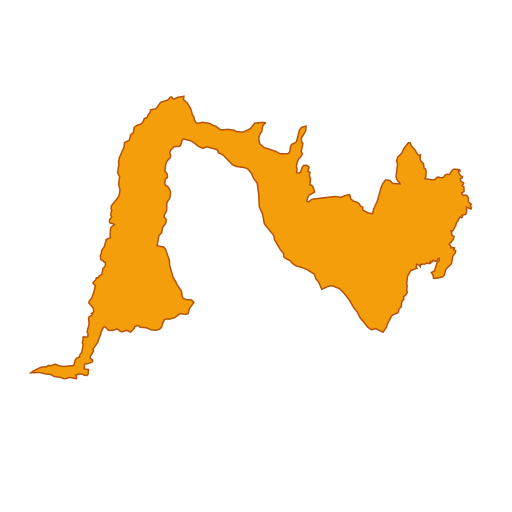 Desamparados, San José, Costa Rica, rotated 98°
{"feature_id": "36466004B53955295164101", "entity_name": "Desamparados", "entity_type": "district", "adm_level": 2, "iso_a3": "CRI", "parent_name": "Costa Rica", "parent_adm1": "San José", "projection": "natural_earth1", "projection_center": [-84.044, 9.811], "detail": "fine", "context": "isolated", "style": "filled", "palette": "amber", "viewbox_px": 512, "rotation_deg": 98, "n_neighbors": 0, "source": "geoboundaries", "source_scale": "gbopen_adm2", "svg_char_len": 6069}
<svg xmlns="http://www.w3.org/2000/svg" viewBox="0 0 512 512"><g transform="rotate(98 256 256)"><path d="M403.0,462.7L401.4,453.8L402.0,449.2L402.0,442.8L403.4,438.9L403.4,431.8L404.1,430.5L404.1,427.9L402.1,423.4L402.5,416.9L400.9,416.7L399.2,417.9L397.4,414.8L397.2,411.6L398.0,409.5L397.9,406.8L396.2,405.8L391.8,406.0L391.7,410.4L387.6,410.6L386.7,410.3L385.5,406.4L383.4,403.3L381.9,403.2L380.4,405.9L379.5,406.3L372.7,403.7L370.5,404.3L364.0,400.9L349.7,397.9L347.2,396.6L347.4,395.2L350.1,391.7L349.7,387.9L347.5,383.1L349.6,379.7L349.7,378.0L347.7,373.7L348.8,369.5L344.4,366.4L343.0,366.3L341.2,363.3L341.5,362.2L342.7,360.8L342.3,354.7L343.7,349.6L343.5,345.0L342.0,341.4L339.7,339.6L334.9,338.9L331.7,337.7L330.9,336.2L330.6,333.0L328.4,328.0L323.7,323.2L323.4,316.9L322.4,315.2L317.6,314.7L310.6,311.0L308.5,313.7L308.9,319.4L308.1,322.2L306.2,323.5L301.0,325.0L295.1,330.5L293.1,331.5L288.7,335.1L277.1,340.3L272.8,341.0L262.5,346.2L260.0,348.4L259.6,355.4L249.2,354.9L246.0,352.7L240.3,352.4L236.6,350.1L235.0,349.8L232.2,350.1L230.3,352.3L228.3,352.6L223.7,350.8L215.5,351.7L210.7,349.4L205.0,349.4L203.2,350.1L199.3,353.1L199.0,354.8L196.9,356.6L192.5,356.4L190.8,354.8L189.2,354.7L186.8,355.7L184.6,358.0L178.5,358.2L174.7,357.5L170.4,354.5L168.4,354.5L165.5,355.9L162.9,355.2L159.3,352.4L158.7,351.1L158.4,347.9L157.5,346.5L155.5,345.7L151.9,345.5L150.1,344.3L151.0,336.7L152.6,332.8L155.2,328.9L156.6,324.4L156.6,323.0L154.8,320.0L156.0,309.8L157.1,308.4L159.2,307.5L159.7,304.5L161.3,301.7L168.8,292.1L170.1,287.9L170.1,279.1L171.0,276.1L174.7,272.1L178.9,269.5L183.8,264.9L195.1,261.8L206.8,259.6L213.7,255.3L223.0,252.2L233.2,241.3L237.2,240.0L245.8,233.2L249.6,229.2L253.1,228.3L254.2,226.6L255.8,221.7L258.3,218.9L260.2,215.0L261.0,208.9L262.4,203.5L265.9,195.7L270.4,193.5L272.9,190.5L279.8,186.2L276.3,180.8L275.1,177.7L275.1,175.3L276.6,169.1L279.9,164.5L285.6,158.3L293.6,152.0L296.8,148.4L302.7,144.3L311.1,135.2L313.0,131.4L311.3,127.3L313.8,119.6L308.1,116.7L306.0,116.7L296.8,113.5L295.2,112.2L292.2,107.4L288.7,107.0L286.5,105.3L280.7,105.2L278.3,103.6L275.7,104.2L274.2,102.6L271.2,101.1L268.6,102.0L264.1,102.2L263.0,102.9L254.9,103.1L249.0,100.8L245.7,94.8L244.4,95.9L241.8,95.6L242.4,93.2L243.8,91.8L241.7,91.8L241.1,91.1L240.5,87.6L239.1,85.8L239.4,84.6L239.1,82.2L238.0,81.9L237.8,82.8L237.0,82.3L237.0,80.2L235.5,80.1L236.2,77.9L236.1,76.4L233.5,75.6L232.9,74.2L235.1,74.0L238.2,76.0L245.9,77.2L248.0,80.1L250.0,78.2L253.4,77.0L252.8,73.5L250.7,68.3L248.9,66.9L242.8,66.2L236.4,61.3L229.1,61.2L225.6,59.3L222.9,59.0L222.3,61.1L220.4,60.5L220.2,62.5L220.8,64.1L219.5,64.2L217.7,66.2L216.2,65.9L215.4,64.5L213.7,64.1L212.6,63.1L209.1,62.6L208.1,65.0L205.5,65.5L204.0,66.6L203.9,65.0L202.8,64.2L198.2,62.5L194.6,62.0L193.5,61.1L189.0,59.5L189.4,57.6L188.4,57.1L187.1,57.7L185.5,54.1L183.2,53.6L178.4,54.4L179.6,49.7L178.1,49.3L176.8,50.9L174.8,50.0L172.9,53.1L169.0,53.8L167.0,55.3L166.4,56.9L167.2,59.1L166.1,60.7L164.8,61.2L163.3,59.0L158.6,59.7L157.8,61.6L155.2,60.4L154.5,60.8L153.9,62.9L151.5,64.4L150.8,64.5L149.9,62.6L148.9,62.6L147.6,65.0L144.8,67.1L143.6,67.0L143.2,65.7L142.2,66.7L142.3,71.1L142.9,72.9L145.6,74.7L148.3,75.6L148.7,78.8L149.8,80.2L152.3,81.5L152.8,84.3L152.4,86.6L153.4,88.2L155.1,89.0L156.1,91.8L155.9,99.6L153.7,98.8L147.9,99.4L146.2,100.4L145.4,101.9L141.0,103.1L139.1,105.9L137.5,107.0L133.0,107.2L133.6,108.2L133.1,110.1L129.1,113.0L124.9,117.9L122.5,119.0L122.5,120.8L128.8,124.4L133.9,126.0L138.4,129.4L142.3,130.0L145.3,128.6L157.6,128.4L160.4,127.2L162.5,125.5L163.5,123.8L164.6,123.3L165.1,130.1L164.7,131.4L162.6,133.7L162.6,138.1L163.1,138.5L166.5,140.4L170.6,141.6L184.6,143.5L193.3,146.1L198.0,146.4L197.7,151.2L195.4,157.0L192.8,157.1L192.0,159.4L189.5,161.5L188.5,164.0L188.2,167.1L186.0,170.3L182.2,171.7L183.1,174.8L186.1,180.3L186.0,185.7L191.6,207.1L192.3,208.8L194.7,211.0L195.0,212.6L194.6,213.5L189.9,212.6L188.2,211.7L184.5,206.8L179.8,209.0L178.1,210.8L178.1,212.6L171.9,212.7L169.2,214.4L165.7,214.1L164.8,216.6L160.6,215.8L159.1,218.4L159.7,221.4L162.0,222.7L167.2,223.6L168.0,225.5L167.9,227.5L164.8,227.3L162.0,228.4L157.6,228.3L153.6,227.2L152.2,225.9L148.5,224.2L146.3,225.8L138.0,225.2L136.7,226.8L132.9,227.5L125.4,224.2L120.4,224.5L122.3,228.8L125.0,230.4L136.7,231.8L138.0,232.5L140.5,236.2L143.4,237.1L147.3,237.0L149.5,237.8L150.5,239.3L151.4,246.6L149.7,250.7L147.5,263.0L144.4,267.9L140.0,269.5L136.7,269.5L133.8,268.8L132.3,267.7L125.8,267.4L123.2,265.3L122.7,265.4L122.8,268.2L124.6,275.8L130.6,279.2L135.1,285.9L135.5,293.0L134.5,295.0L134.5,301.5L135.7,306.8L135.7,309.6L133.3,313.3L132.4,317.6L131.1,320.5L131.1,327.9L132.7,331.3L132.4,333.9L129.2,336.3L126.9,336.9L125.0,338.6L119.3,341.1L114.1,345.4L111.2,349.6L107.9,349.6L109.7,355.4L112.0,359.1L111.8,360.3L110.3,361.5L110.5,362.8L113.5,364.7L117.2,371.9L122.9,374.8L124.4,376.2L125.8,380.6L129.0,381.0L131.0,382.4L134.0,383.1L135.2,385.7L138.6,386.4L140.7,387.7L141.8,389.0L143.1,392.0L145.5,394.5L151.0,394.6L153.5,397.1L158.7,397.4L162.1,402.0L166.4,401.8L177.6,405.0L182.4,405.2L183.2,404.6L193.0,404.6L196.4,402.1L204.1,402.0L209.4,399.9L214.7,399.9L217.3,400.8L226.4,406.2L229.2,406.1L231.2,405.0L231.7,405.5L235.7,405.5L237.5,404.3L240.3,405.9L242.3,406.0L243.8,404.8L243.8,402.0L244.7,400.6L246.7,402.8L248.8,403.9L254.7,403.5L258.1,402.7L260.5,406.6L267.8,407.5L272.0,409.6L275.6,409.5L277.2,410.2L280.4,409.5L281.6,408.3L282.1,406.4L283.2,405.6L283.3,404.2L286.8,403.8L289.9,405.9L295.6,406.1L297.7,408.6L299.4,408.9L299.9,411.0L302.0,411.4L304.9,413.7L305.9,413.4L307.6,411.0L312.0,411.2L320.4,412.8L323.9,414.9L325.8,415.0L329.8,410.2L333.8,408.9L335.5,410.5L335.4,409.9L336.4,409.9L337.8,410.6L339.4,412.7L340.5,413.3L346.4,411.8L354.2,412.7L357.0,411.4L359.0,411.3L359.9,412.2L360.0,415.4L360.6,416.1L362.6,415.6L366.2,415.9L368.0,414.8L375.9,415.1L377.2,416.2L380.8,417.1L382.3,419.5L383.9,420.5L389.2,421.1L390.0,421.8L392.2,431.0L392.2,435.5L391.1,439.8L393.1,443.5L393.3,446.5L394.8,447.9L395.9,453.1L400.8,460.5L403.0,462.7Z" fill="#f59e0b" stroke="#b45309" stroke-width="1.5"/></g></svg>